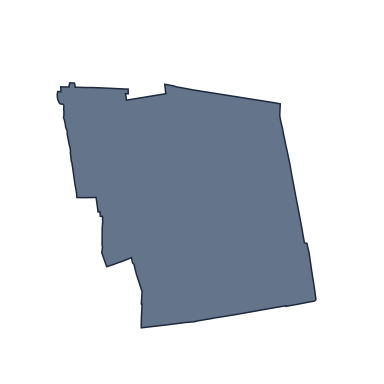 Seaca De Camp, Dolj, Romania (Natural Earth projection), rotated 72°
{"feature_id": "2599482B71679844083727", "entity_name": "Seaca De Camp", "entity_type": "district", "adm_level": 2, "iso_a3": "ROU", "parent_name": "Romania", "parent_adm1": "Dolj", "projection": "natural_earth1", "projection_center": [23.204, 43.942], "detail": "fine", "context": "isolated", "style": "filled", "palette": "slate", "viewbox_px": 384, "rotation_deg": 72, "n_neighbors": 0, "source": "geoboundaries", "source_scale": "gbopen_adm2", "svg_char_len": 3091}
<svg xmlns="http://www.w3.org/2000/svg" viewBox="0 0 384 384"><g transform="rotate(72 192 192)"><path d="M199.3,90.8L198.7,90.7L193.1,90.0L188.4,89.5L184.8,89.1L183.0,88.9L179.7,88.6L176.9,88.4L175.4,88.2L163.1,86.8L159.5,86.3L154.2,85.9L151.9,85.7L148.0,85.2L147.0,85.0L146.7,85.0L146.4,84.9L140.4,82.7L135.7,80.9L135.4,80.8L132.0,87.2L95.3,159.3L87.9,172.9L87.2,174.3L85.4,176.7L81.1,184.6L89.6,186.4L90.4,186.5L84.4,226.0L81.2,225.3L77.9,225.0L79.0,222.3L78.2,222.1L74.4,220.9L74.3,221.2L73.2,224.3L70.2,232.2L65.9,243.6L63.6,249.7L63.1,251.1L62.0,254.0L60.3,259.3L59.6,261.3L56.2,270.8L54.6,270.4L54.0,270.3L53.8,270.2L53.4,270.2L51.9,270.3L51.2,272.8L50.8,273.5L50.5,274.1L50.5,274.4L50.6,274.8L50.9,274.9L51.2,275.0L51.8,275.3L52.4,275.8L52.8,276.0L53.2,276.2L53.3,276.2L54.1,276.4L53.5,278.3L52.8,280.4L52.2,282.3L51.7,283.6L51.4,284.4L53.2,284.8L55.5,285.5L56.1,285.7L55.5,286.9L55.1,288.2L55.0,288.7L57.1,289.8L58.1,290.2L58.5,290.3L60.0,290.7L60.7,290.8L61.3,290.9L61.8,291.0L62.2,291.1L62.7,291.0L63.1,291.0L63.9,290.9L65.1,290.9L65.6,290.8L66.2,290.7L66.9,290.4L67.2,290.3L67.5,290.0L67.9,289.2L68.4,288.1L68.6,287.7L68.8,287.5L69.3,287.2L70.1,287.2L70.8,287.3L71.1,287.4L71.6,287.6L71.9,287.8L72.5,288.1L72.9,288.3L73.4,288.4L74.7,288.7L75.4,288.8L78.7,289.9L79.6,290.2L80.1,290.5L80.6,290.8L81.0,291.0L81.5,291.1L81.9,291.2L82.4,291.2L83.9,291.1L85.5,291.3L87.1,291.4L89.2,291.7L90.1,291.9L90.7,292.1L91.3,292.1L92.0,292.1L92.6,292.0L93.4,292.0L94.1,291.9L95.0,291.9L96.3,292.1L97.2,292.4L97.7,292.5L97.8,292.6L98.4,292.8L101.3,293.2L109.4,294.2L112.4,294.3L114.3,294.7L115.9,295.0L116.7,295.5L119.8,296.1L126.0,297.4L126.7,297.1L149.4,301.1L152.2,301.4L157.6,302.2L161.7,303.2L163.7,297.5L167.6,284.9L168.7,285.1L174.3,286.1L177.6,286.7L182.0,287.5L182.3,285.8L182.8,285.8L185.8,286.5L186.6,286.6L186.8,286.7L187.5,284.7L189.1,285.1L190.4,285.5L192.5,286.1L197.0,287.9L198.9,288.7L200.2,289.1L201.1,289.4L214.6,293.9L215.6,294.1L216.1,294.1L216.5,294.1L216.8,294.2L217.4,294.4L218.1,294.8L220.0,295.7L221.7,296.6L225.5,296.5L236.7,296.2L236.7,288.8L236.5,286.2L236.4,279.6L236.0,273.4L235.9,272.0L235.7,269.9L235.8,269.9L240.3,270.4L241.0,270.3L241.7,270.1L242.3,269.8L242.8,269.6L243.5,269.6L252.8,270.3L268.3,270.3L271.4,270.3L272.5,270.7L282.5,274.7L283.1,274.8L283.2,274.1L294.0,278.3L303.7,281.7L305.5,282.2L309.8,261.0L312.8,245.5L314.0,238.9L315.9,230.8L316.2,229.4L316.2,227.4L318.6,211.0L318.7,209.7L319.8,203.1L322.3,186.8L326.7,154.9L328.8,140.7L329.2,137.9L329.8,138.0L330.7,131.2L331.4,126.5L332.1,120.5L332.3,119.2L332.6,116.2L333.2,112.3L333.5,109.9L333.5,109.3L333.5,108.8L333.3,108.4L333.0,107.9L332.4,107.3L330.7,107.0L323.0,105.6L315.8,104.4L310.5,103.6L302.7,102.3L301.4,102.1L298.7,101.6L295.2,101.0L293.4,100.7L290.7,100.2L288.8,99.9L286.9,99.6L284.5,99.3L282.2,99.1L280.5,99.0L279.6,98.9L278.8,98.8L278.2,98.7L277.3,98.6L276.8,98.6L276.4,98.6L276.1,98.8L276.0,99.2L275.8,99.7L275.7,99.9L275.6,100.0L275.4,100.3L275.1,100.8L257.3,98.3L237.8,95.8L227.1,94.5L215.8,93.0L207.0,91.9L199.3,90.8Z" fill="#64748b" stroke="#1e293b" stroke-width="1.5"/></g></svg>